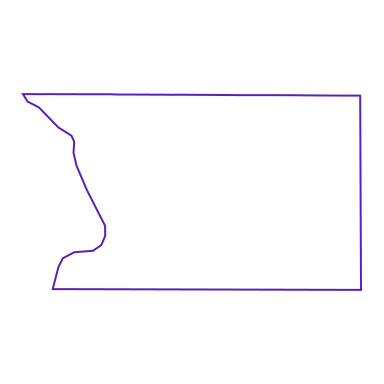 outline of Campbell, South Dakota, United States of America
{"feature_id": "52423323B49875103288406", "entity_name": "Campbell", "entity_type": "district", "adm_level": 2, "iso_a3": "USA", "parent_name": "United States of America", "parent_adm1": "South Dakota", "projection": "equal_earth", "projection_center": [-100.191, 45.769], "detail": "fine", "context": "isolated", "style": "outline", "palette": "violet", "viewbox_px": 384, "rotation_deg": 0, "n_neighbors": 0, "source": "geoboundaries", "source_scale": "gbopen_adm2", "svg_char_len": 620}
<svg xmlns="http://www.w3.org/2000/svg" viewBox="0 0 384 384"><path d="M360.2,95.6L347.3,95.6L346.7,95.6L346.2,95.6L308.1,95.4L290.3,95.2L290.2,95.2L253.3,95.1L236.2,95.1L208.7,94.9L202.2,94.9L191.7,94.8L190.9,94.8L177.4,94.7L172.9,94.8L164.8,94.7L120.0,94.5L119.6,94.5L115.9,94.5L115.4,94.4L111.6,94.3L61.4,94.2L57.2,94.2L55.4,94.2L52.7,94.1L38.8,94.2L23.0,94.1L27.6,101.6L39.0,107.5L58.3,127.4L71.5,135.7L74.2,141.8L73.5,152.7L76.4,165.4L86.9,190.1L105.1,225.8L105.2,236.0L101.3,245.1L92.9,250.8L74.3,252.2L62.9,258.2L58.5,266.8L52.7,289.1L361.0,289.9L360.2,95.6Z" fill="none" stroke="#5b21b6" stroke-width="2"/></svg>